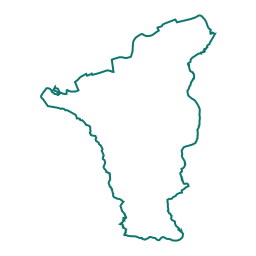 the district of Lozna, Salaj, Romania
{"feature_id": "2599482B10357356910140", "entity_name": "Lozna", "entity_type": "district", "adm_level": 2, "iso_a3": "ROU", "parent_name": "Romania", "parent_adm1": "Salaj", "projection": "equal_earth", "projection_center": [23.494, 47.297], "detail": "fine", "context": "isolated", "style": "outline", "palette": "teal", "viewbox_px": 256, "rotation_deg": 0, "n_neighbors": 0, "source": "geoboundaries", "source_scale": "gbopen_adm2", "svg_char_len": 5807}
<svg xmlns="http://www.w3.org/2000/svg" viewBox="0 0 256 256"><path d="M183.0,234.0L182.9,233.5L181.4,232.1L181.3,231.8L181.6,231.3L181.3,230.5L181.0,231.3L180.4,231.4L179.4,230.4L178.4,229.7L179.3,228.9L178.3,227.8L176.2,226.1L175.3,224.3L174.9,223.2L175.1,222.1L174.7,221.4L172.0,220.0L171.2,218.8L171.1,218.2L171.7,216.0L171.0,215.3L170.2,213.6L169.1,213.3L167.9,210.9L168.4,210.7L168.2,210.0L168.3,209.3L168.2,208.1L167.8,207.0L167.9,204.8L167.8,203.1L167.4,202.2L167.6,200.6L167.4,199.9L169.0,198.9L171.7,198.8L172.6,197.7L173.4,196.9L174.6,196.6L175.4,195.9L175.9,195.7L176.3,194.8L177.0,194.2L179.7,192.9L182.0,192.6L181.7,191.2L181.8,190.3L184.0,189.1L185.7,187.5L186.9,186.8L188.5,186.3L188.2,184.5L187.4,183.7L185.9,183.6L184.2,183.9L183.5,183.2L182.6,180.7L182.0,180.3L181.8,179.8L181.8,179.5L182.3,179.2L182.2,178.7L182.1,178.3L181.7,178.2L181.6,176.8L181.3,176.7L180.3,173.8L180.3,173.4L180.7,172.4L181.7,171.8L181.7,171.4L182.0,171.2L181.5,168.8L183.2,168.2L184.4,166.7L184.8,165.5L185.3,164.9L185.0,164.5L185.0,163.8L185.2,163.5L185.0,162.8L184.8,162.7L185.0,162.2L184.7,161.8L184.5,160.9L182.7,158.1L181.9,156.2L181.8,155.7L182.3,154.6L181.7,150.5L183.1,148.2L184.3,146.9L191.7,144.8L193.8,143.9L195.5,142.9L195.8,141.7L196.4,141.2L196.7,140.4L197.0,139.0L197.6,138.1L197.5,135.9L197.8,134.9L197.6,134.0L197.9,132.8L197.5,131.9L197.6,130.6L197.3,130.1L198.8,127.4L198.7,125.9L199.4,125.3L199.5,123.5L199.5,120.8L199.9,118.4L199.7,117.2L199.8,116.3L199.4,115.0L199.7,112.3L199.7,109.0L198.9,107.0L197.2,103.8L194.8,100.4L191.2,98.1L188.3,95.6L187.7,93.3L187.4,91.0L187.7,90.4L188.7,89.0L189.5,86.2L190.3,85.4L190.5,84.5L190.8,84.1L191.0,82.4L192.7,80.2L192.7,79.5L193.1,78.8L193.5,78.3L193.9,78.5L194.2,77.1L194.0,76.5L194.1,74.9L193.6,73.9L193.1,73.5L193.1,72.6L190.9,71.4L190.5,71.3L190.0,70.6L189.6,69.4L189.0,66.5L188.7,65.9L188.8,65.7L189.1,65.7L189.1,65.1L189.0,64.8L188.1,64.6L188.0,63.6L188.2,63.3L190.3,62.1L190.3,61.6L190.7,60.8L190.6,60.2L190.8,59.2L192.8,57.4L198.1,53.9L200.1,53.3L200.8,53.5L200.6,53.0L201.0,52.5L202.3,52.4L202.8,52.0L203.2,52.2L204.4,51.9L204.6,51.7L204.2,51.0L204.6,51.0L204.8,50.3L204.1,50.1L204.2,49.3L204.4,49.0L206.0,48.8L206.2,48.1L207.3,47.3L207.0,46.7L207.2,46.4L207.3,45.5L209.6,44.0L209.6,43.3L210.4,41.7L210.5,41.7L213.2,37.1L214.9,34.0L214.5,34.1L214.4,33.6L213.3,33.0L212.7,33.1L212.5,32.7L211.6,33.2L211.3,33.7L210.6,33.8L210.4,32.9L210.6,32.3L210.2,31.7L210.6,31.0L210.5,30.4L210.8,29.9L208.9,28.5L207.9,26.9L206.2,22.0L205.8,21.2L204.7,19.4L201.8,16.3L200.7,15.6L199.8,15.4L198.6,15.6L195.0,17.6L190.5,19.1L176.9,22.3L175.4,19.6L174.5,19.8L164.1,23.8L162.6,24.7L162.2,25.8L161.6,26.3L157.5,27.6L157.7,28.4L158.8,30.6L156.4,32.1L152.3,35.1L150.2,35.8L146.2,36.1L144.0,35.1L142.8,34.3L141.6,34.0L139.7,34.9L139.4,35.2L136.5,37.0L135.0,38.6L133.6,40.9L133.0,43.0L132.5,51.9L131.9,53.2L131.2,56.0L130.7,56.9L126.4,58.0L124.8,57.9L122.2,57.3L119.6,57.2L114.9,58.6L111.8,59.7L113.5,71.9L112.0,71.8L111.5,71.3L108.0,70.4L107.1,70.4L98.7,73.2L92.3,74.9L91.7,73.6L90.5,74.3L87.1,75.7L86.2,73.9L81.0,76.7L79.5,77.9L78.0,79.7L74.9,82.1L76.0,84.2L76.8,86.5L78.5,90.2L77.4,90.9L75.4,91.5L71.1,91.6L68.4,90.8L67.2,90.0L66.7,90.4L66.5,93.9L65.7,94.1L65.0,94.1L62.6,93.5L60.0,92.5L58.7,90.5L58.1,89.0L57.5,88.6L55.5,88.2L55.1,86.9L53.4,90.1L56.4,91.4L59.5,93.8L58.0,95.1L56.8,94.3L54.6,93.9L53.1,92.6L52.3,92.2L51.8,91.6L51.9,91.3L51.5,90.5L50.2,89.0L48.8,88.4L46.6,88.2L45.4,89.5L45.1,90.3L43.6,92.0L41.6,95.1L41.1,96.0L41.2,97.2L41.9,98.3L42.4,98.5L43.3,99.6L47.9,106.1L58.5,107.9L60.8,108.8L61.5,108.8L61.9,108.5L62.8,108.6L64.4,109.2L65.4,110.3L67.0,110.2L68.0,110.6L75.5,114.8L76.6,116.9L76.8,117.6L76.8,118.4L79.4,118.6L79.9,118.9L80.0,119.7L80.2,120.0L81.7,120.4L82.4,120.3L85.2,123.4L86.1,124.9L87.2,125.1L89.4,126.0L90.0,126.6L90.1,127.5L90.4,128.2L90.2,129.8L90.5,130.9L90.5,131.7L90.4,132.2L89.9,132.6L89.8,132.9L89.9,133.3L90.7,134.1L90.7,134.8L91.4,135.3L92.2,135.5L95.3,135.9L95.3,136.3L96.2,137.6L96.3,138.0L95.6,139.1L95.7,140.2L96.1,140.9L98.6,142.6L98.8,143.0L99.1,144.3L100.9,145.6L101.2,146.6L102.1,147.9L102.5,149.2L102.4,149.8L101.7,150.6L103.7,155.3L103.7,155.9L103.1,156.6L103.1,157.4L102.8,158.2L102.8,158.6L102.9,159.1L104.4,160.0L105.1,162.1L105.2,162.8L104.9,163.6L104.5,164.3L104.3,165.4L103.6,166.4L103.7,167.6L104.3,168.6L106.1,170.7L106.3,171.3L106.2,171.8L107.4,172.2L108.0,172.9L109.5,173.1L109.7,173.5L109.9,174.4L109.7,174.6L109.7,175.3L110.0,176.0L110.1,177.4L110.0,177.8L110.2,179.6L109.4,180.8L108.7,182.4L108.7,183.1L109.1,184.5L109.7,185.6L109.7,186.6L111.1,187.5L111.4,188.8L111.9,189.0L112.1,190.0L112.1,190.4L112.8,193.1L113.3,193.8L113.1,195.3L113.3,196.3L113.7,196.6L114.2,197.4L115.2,197.6L117.2,198.7L119.3,198.9L120.6,199.5L121.4,200.2L121.9,200.4L122.7,201.5L123.4,201.7L121.1,204.8L120.4,206.1L121.3,208.0L121.4,208.9L122.0,210.9L122.6,211.7L123.5,212.4L124.3,213.7L125.0,214.2L124.8,214.9L125.3,215.9L125.8,216.5L126.2,217.7L125.2,218.6L125.0,218.2L124.8,217.8L124.2,217.8L124.5,218.6L124.3,218.8L123.8,218.7L124.2,219.3L124.0,219.9L124.3,220.6L124.2,220.6L123.7,219.8L123.2,220.0L123.2,220.6L123.0,220.9L123.1,221.3L122.7,222.0L120.1,224.1L120.7,224.3L121.1,223.9L122.1,223.7L122.6,224.8L122.9,225.1L122.9,225.9L122.7,226.5L123.4,227.0L123.1,227.7L123.8,227.8L126.2,229.5L125.7,230.8L125.8,231.1L125.5,231.8L125.8,231.9L125.8,232.6L124.5,233.8L124.4,235.1L126.5,235.2L127.6,235.8L130.6,236.2L135.7,236.4L139.9,238.1L141.6,237.8L142.3,238.3L142.5,239.0L145.0,239.6L145.7,239.4L146.9,238.6L148.1,238.3L149.6,237.0L150.4,236.9L152.9,237.7L155.0,238.0L157.4,239.9L158.8,240.2L159.5,240.0L160.2,238.9L161.5,237.7L162.4,237.2L163.6,237.1L166.7,238.8L169.8,239.1L172.6,240.4L174.8,240.6L176.7,240.6L178.8,240.1L180.3,239.3L182.2,237.5L182.6,236.8L183.0,234.0Z" fill="none" stroke="#0f766e" stroke-width="2"/></svg>